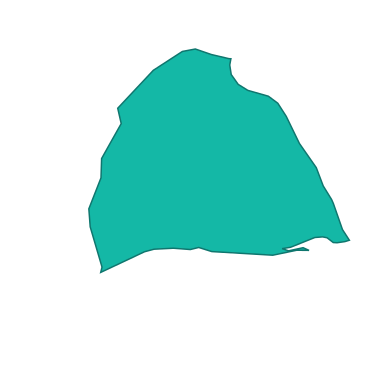 SVG path tracing the border of An Nuqat al Khams, rotated 148°
{"feature_id": "LBY-2974", "entity_name": "An Nuqat al Khams", "entity_type": "Municipality", "adm_level": 1, "iso_a3": "LBY", "parent_name": "Libya", "parent_adm1": "", "projection": "equal_earth", "projection_center": [11.821, 32.743], "detail": "fine", "context": "isolated", "style": "filled", "palette": "teal", "viewbox_px": 384, "rotation_deg": 148, "n_neighbors": 0, "source": "natural_earth", "source_scale": "10m", "svg_char_len": 724}
<svg xmlns="http://www.w3.org/2000/svg" viewBox="0 0 384 384"><g transform="rotate(148 192 192)"><path d="M88.4,284.4L92.7,279.7L96.5,270.8L95.8,258.8L90.8,248.6L76.5,232.8L72.2,221.8L72.0,206.2L75.2,176.2L73.7,146.8L77.5,127.6L77.6,111.7L78.2,107.4L84.3,80.4L84.1,67.7L88.6,68.9L95.9,72.1L99.0,74.3L101.7,81.6L105.0,84.7L111.9,88.3L137.7,92.9L145.6,96.2L141.2,90.9L127.3,85.9L123.7,80.5L134.0,87.1L157.0,95.6L206.8,131.0L215.7,141.4L223.9,144.1L237.6,154.2L254.5,163.6L264.0,166.5L312.0,172.2L308.1,176.0L296.8,216.4L288.4,232.4L261.7,252.2L250.9,268.3L234.3,277.4L215.8,287.5L210.6,302.4L160.3,315.7L125.7,316.3L113.4,311.5L102.7,298.3L90.0,285.5L88.4,284.4Z" fill="#14b8a6" stroke="#0f766e" stroke-width="1.5"/></g></svg>